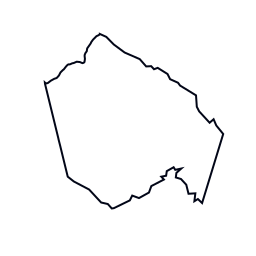 Frederick, Maryland, United States of America, rotated 107°
{"feature_id": "52423323B20560007602633", "entity_name": "Frederick", "entity_type": "district", "adm_level": 2, "iso_a3": "USA", "parent_name": "United States of America", "parent_adm1": "Maryland", "projection": "mercator", "projection_center": [-77.438, 39.47], "detail": "fine", "context": "isolated", "style": "outline", "palette": "ink", "viewbox_px": 256, "rotation_deg": 107, "n_neighbors": 0, "source": "geoboundaries", "source_scale": "gbopen_adm2", "svg_char_len": 1248}
<svg xmlns="http://www.w3.org/2000/svg" viewBox="0 0 256 256"><g transform="rotate(107 128 128)"><path d="M178.1,35.2L171.6,35.2L170.6,35.2L108.7,35.2L105.9,35.2L99.8,44.3L94.6,48.7L99.1,51.5L91.3,64.8L87.6,68.4L76.9,72.5L72.2,90.6L70.1,93.4L69.0,102.0L64.8,106.0L61.8,117.2L64.2,120.3L62.1,123.9L63.8,128.6L58.7,136.9L56.8,153.3L52.3,166.0L47.2,175.4L46.3,182.4L46.6,182.3L47.9,183.3L49.4,185.0L53.8,187.3L56.8,188.3L58.0,188.4L63.8,190.3L66.7,189.9L68.7,190.6L70.5,190.8L71.7,190.6L74.5,189.4L77.0,189.0L77.9,189.0L78.2,189.2L78.9,189.9L79.3,190.6L79.0,193.3L79.6,196.4L81.8,199.0L82.4,200.2L83.9,201.9L84.3,202.5L84.6,203.6L85.4,204.3L87.2,205.2L90.6,206.5L91.0,206.7L91.4,207.1L94.6,208.8L98.0,209.4L100.8,210.7L101.4,211.3L102.5,212.9L105.3,215.6L108.4,217.8L109.0,218.7L109.2,219.1L109.1,220.2L108.8,220.8L110.0,220.3L158.4,191.5L159.0,191.2L165.1,187.5L192.0,171.5L192.2,171.3L195.0,164.1L198.2,147.2L207.1,131.9L206.6,125.1L209.7,120.0L208.8,118.1L196.7,105.1L191.4,104.2L191.8,97.0L183.6,89.1L176.7,88.7L166.8,78.6L164.8,81.9L162.5,77.6L157.9,78.3L152.2,72.9L154.2,70.6L151.2,65.2L156.8,68.6L161.3,67.8L161.3,62.4L165.2,55.7L173.2,50.9L170.8,44.5L178.6,43.1L175.5,40.4L178.1,35.2Z" fill="none" stroke="#020617" stroke-width="2"/></g></svg>